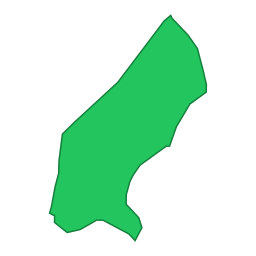 Zaqaziq 1, Ash Sharqiyah, Egypt (Albers equal-area conic projection)
{"feature_id": "37247803B90697971403179", "entity_name": "Zaqaziq 1", "entity_type": "district", "adm_level": 2, "iso_a3": "EGY", "parent_name": "Egypt", "parent_adm1": "Ash Sharqiyah", "projection": "albers", "projection_center": [31.514, 30.585], "detail": "fine", "context": "isolated", "style": "filled", "palette": "green", "viewbox_px": 256, "rotation_deg": 0, "n_neighbors": 0, "source": "geoboundaries", "source_scale": "gbopen_adm2", "svg_char_len": 689}
<svg xmlns="http://www.w3.org/2000/svg" viewBox="0 0 256 256"><path d="M170.7,15.4L164.2,20.9L145.2,46.1L138.6,54.8L128.2,68.6L117.7,82.4L101.2,97.6L98.2,100.4L74.9,121.8L62.4,134.1L59.0,160.8L59.0,161.5L58.7,173.3L55.2,186.3L51.6,205.9L49.6,213.2L54.6,215.8L54.5,222.4L67.2,232.5L80.2,229.5L88.9,224.6L96.6,220.1L103.1,220.2L116.0,227.1L128.8,233.9L135.1,240.6L138.5,234.1L141.9,227.7L138.8,217.8L132.5,211.0L126.1,204.3L126.3,194.5L129.9,181.5L133.2,175.0L139.9,165.3L144.2,162.1L166.2,146.2L169.5,146.2L176.4,126.7L189.8,104.1L198.0,98.1L206.2,92.1L206.4,84.8L203.4,71.6L197.4,48.5L188.0,35.1L178.5,25.1L172.1,18.4L170.7,15.4Z" fill="#22c55e" stroke="#15803d" stroke-width="1.5"/></svg>